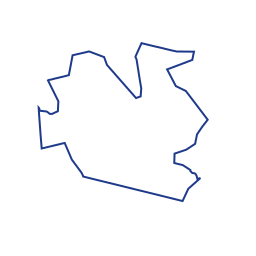 outline of Piracuruca, Piauí, Brazil, rotated 70°
{"feature_id": "56859067B11814342794518", "entity_name": "Piracuruca", "entity_type": "district", "adm_level": 2, "iso_a3": "BRA", "parent_name": "Brazil", "parent_adm1": "Piauí", "projection": "robinson", "projection_center": [-41.675, -3.854], "detail": "fine", "context": "isolated", "style": "outline", "palette": "blue", "viewbox_px": 256, "rotation_deg": 70, "n_neighbors": 0, "source": "geoboundaries", "source_scale": "gbopen_adm2", "svg_char_len": 1296}
<svg xmlns="http://www.w3.org/2000/svg" viewBox="0 0 256 256"><g transform="rotate(70 128 128)"><path d="M55.8,185.8L55.9,186.9L79.1,184.3L88.3,188.2L88.5,191.7L88.8,194.2L88.5,195.4L87.8,196.8L86.4,197.6L85.0,198.5L84.3,199.5L83.6,201.0L82.7,202.7L82.1,204.1L81.4,204.7L80.4,205.1L79.2,204.7L78.4,205.0L85.4,207.1L86.2,207.3L105.6,212.8L117.7,216.1L117.9,214.4L120.4,192.6L138.5,191.6L154.0,187.0L157.4,186.6L158.3,186.7L167.7,172.7L191.2,137.6L215.3,101.7L205.7,92.1L199.8,77.1L199.5,80.2L196.4,79.9L194.4,80.2L193.2,81.1L192.7,82.1L192.3,83.0L191.0,83.5L189.8,84.1L188.8,83.8L181.5,89.3L178.7,93.6L176.7,96.5L168.0,93.0L168.2,85.2L168.3,80.6L165.8,70.3L163.6,69.0L160.4,67.0L158.7,66.0L157.6,65.3L152.4,58.1L147.5,50.3L126.7,56.7L113.0,61.0L106.0,67.7L105.0,68.7L86.3,71.2L86.2,58.6L86.0,44.3L78.8,39.9L78.2,41.6L72.8,56.0L70.3,60.0L62.6,71.6L60.5,74.9L53.5,85.4L52.9,86.3L63.4,96.5L64.3,96.7L66.2,96.5L67.4,96.7L69.6,97.1L87.6,100.6L95.3,102.0L102.6,105.3L102.6,108.7L102.6,110.2L61.5,126.2L57.6,126.2L53.2,126.2L47.2,133.2L42.8,138.3L40.7,155.2L45.3,157.9L58.1,165.5L58.0,166.5L57.9,167.6L57.7,169.8L57.6,170.9L57.4,172.5L57.3,173.4L57.2,174.4L57.1,175.3L56.9,176.6L56.8,177.8L56.6,179.3L56.4,181.1L56.3,182.6L56.2,183.5L55.8,185.8Z" fill="none" stroke="#1e3a8a" stroke-width="2"/></g></svg>